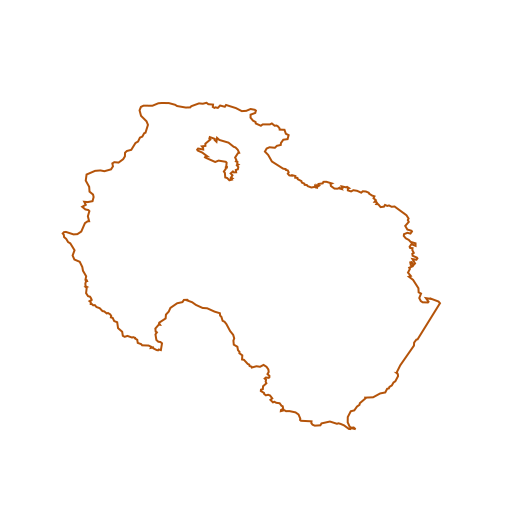 the district of Sukabumi, Jawa Barat, Indonesia, rotated 293°
{"feature_id": "22746128B66929526216355", "entity_name": "Sukabumi", "entity_type": "district", "adm_level": 2, "iso_a3": "IDN", "parent_name": "Indonesia", "parent_adm1": "Jawa Barat", "projection": "equal_earth", "projection_center": [106.689, -7.076], "detail": "fine", "context": "isolated", "style": "outline", "palette": "amber", "viewbox_px": 512, "rotation_deg": 293, "n_neighbors": 0, "source": "geoboundaries", "source_scale": "gbopen_adm2", "svg_char_len": 6116}
<svg xmlns="http://www.w3.org/2000/svg" viewBox="0 0 512 512"><g transform="rotate(293 256 256)"><path d="M181.8,90.2L181.8,96.0L178.0,100.4L174.8,102.5L171.0,107.6L167.5,108.3L167.6,109.6L166.9,110.3L166.4,109.4L163.9,109.7L161.6,110.9L161.5,112.1L160.9,111.3L160.5,112.6L155.4,114.1L153.4,117.1L153.7,119.1L152.6,120.7L151.4,121.9L149.4,120.4L148.9,122.0L147.2,122.6L147.6,123.8L147.0,125.4L147.8,126.8L146.7,129.1L146.9,132.5L145.3,136.2L145.7,137.9L144.8,141.1L145.7,142.0L145.3,144.6L144.3,146.1L142.8,146.4L143.0,148.3L140.7,150.9L140.8,154.1L135.7,157.2L134.0,162.4L130.5,164.6L130.3,166.7L132.2,168.9L132.5,173.8L133.3,174.6L133.4,176.7L132.8,176.9L132.5,179.4L129.8,181.1L130.0,184.7L129.3,186.1L131.6,192.1L131.5,195.1L130.3,195.1L131.6,197.0L130.9,197.5L130.6,201.3L130.9,202.7L131.9,203.0L132.2,205.2L138.9,203.6L139.5,201.6L138.9,199.6L139.8,197.1L144.5,194.1L147.0,194.6L147.2,193.2L149.9,191.7L154.8,193.3L155.2,194.5L156.2,193.0L156.9,193.0L163.2,197.2L166.9,196.0L170.7,197.4L174.8,197.5L181.7,201.9L184.8,206.3L187.4,206.8L188.9,210.0L188.3,211.1L188.5,210.1L188.2,209.9L188.5,215.3L187.5,219.8L187.3,227.1L188.8,231.5L188.6,239.6L189.2,245.1L187.1,246.3L186.5,247.9L183.3,250.6L183.2,252.7L181.8,255.3L176.8,261.5L174.5,265.8L171.7,268.1L169.2,268.3L165.7,270.2L165.2,274.3L162.3,276.2L161.3,278.3L160.0,278.7L159.2,282.2L155.3,283.6L155.7,285.5L153.4,290.6L153.4,292.2L152.2,293.1L152.4,295.1L151.7,295.7L154.7,299.5L155.6,303.0L158.7,305.5L158.1,309.0L156.4,311.7L154.2,313.0L151.8,312.7L150.9,315.2L149.5,315.7L148.8,315.3L148.0,312.6L146.6,311.9L146.0,313.6L144.1,314.0L142.9,315.3L138.9,313.4L136.1,314.3L134.9,312.8L133.6,313.2L133.1,316.8L132.2,317.4L131.6,319.5L133.0,321.4L133.1,323.4L131.3,326.6L129.2,325.5L127.9,328.8L129.0,329.8L128.8,332.0L129.7,335.3L128.1,338.0L128.1,339.3L126.0,340.7L124.0,339.2L122.9,339.5L125.1,342.3L124.9,344.3L126.3,347.4L127.5,353.5L126.7,357.1L123.6,360.3L122.3,360.6L121.9,361.8L125.5,371.7L123.7,372.3L122.8,374.0L122.8,376.4L125.3,381.4L127.5,381.7L132.5,388.7L133.2,396.1L134.2,397.2L134.5,399.5L134.5,403.2L133.1,409.1L133.6,410.5L134.7,410.4L135.5,415.3L136.3,412.9L135.2,411.0L135.4,409.0L138.7,405.4L143.6,403.4L150.1,403.9L152.3,406.8L156.9,407.8L159.4,409.4L161.1,409.1L167.7,412.4L168.3,411.9L171.7,419.0L178.0,424.0L180.9,428.3L185.0,428.6L186.0,430.0L187.7,430.0L189.9,431.6L193.3,432.0L195.1,433.2L200.9,433.7L202.7,432.7L203.1,431.5L203.3,432.3L203.6,431.0L211.8,431.5L235.2,436.4L238.1,435.4L241.7,436.3L242.4,437.3L284.4,443.8L285.4,441.8L285.0,432.2L284.7,433.3L283.6,428.9L281.3,432.7L280.4,432.4L278.5,427.5L278.9,425.3L281.1,422.7L285.9,422.6L286.1,419.9L289.8,418.1L295.4,409.9L296.7,404.8L298.1,406.3L300.1,402.4L304.2,402.7L305.1,401.6L307.4,403.9L308.3,401.9L310.4,400.5L311.2,401.6L309.2,404.5L311.3,405.3L314.3,401.2L315.2,405.1L316.9,405.5L317.4,404.7L317.4,400.1L319.1,399.0L320.5,400.0L322.5,397.6L324.4,397.0L323.6,394.8L324.5,393.8L327.6,394.4L327.7,398.9L330.0,397.9L329.4,392.8L330.5,390.4L330.8,387.0L332.2,384.2L333.9,383.7L336.5,386.3L337.0,389.4L339.5,390.0L340.0,389.3L339.5,385.0L342.0,381.6L347.1,383.3L348.4,381.7L350.1,381.8L352.3,378.6L355.7,364.2L354.3,361.6L354.5,358.7L353.4,357.3L353.4,354.8L351.4,354.5L349.7,351.6L351.4,348.3L350.8,346.5L352.1,346.7L352.8,345.6L352.2,344.0L354.2,344.5L355.1,341.6L357.2,341.7L357.0,339.2L357.6,335.7L358.3,335.1L358.3,331.9L357.3,329.0L355.4,328.1L355.5,323.6L354.6,319.9L352.6,318.3L352.3,314.9L354.0,314.2L354.8,315.1L355.2,312.8L354.4,312.1L353.6,307.8L352.6,309.0L351.7,308.0L351.1,308.8L350.8,306.6L351.5,306.2L349.9,304.9L348.7,301.9L349.7,297.6L351.4,296.5L352.4,297.4L351.8,291.7L350.6,289.1L348.9,289.0L346.7,285.3L345.3,285.3L345.3,286.5L344.0,285.6L344.4,284.5L342.7,285.4L342.5,284.5L343.4,284.4L343.9,282.9L342.6,283.1L340.7,280.2L340.5,276.3L341.2,275.0L340.5,273.0L341.5,272.2L341.5,269.5L342.7,268.5L343.0,264.4L344.1,263.6L343.4,261.5L345.0,261.0L344.5,257.7L344.0,257.8L343.2,255.2L344.2,253.1L345.8,253.4L347.2,251.8L346.9,249.8L347.6,249.3L347.0,246.9L349.2,233.7L353.8,227.7L355.6,223.4L359.1,223.8L361.4,226.0L363.0,231.1L365.6,232.2L367.9,235.4L369.7,234.8L373.7,235.7L375.9,239.4L380.0,238.8L380.2,235.7L383.3,232.9L381.6,228.4L382.7,227.8L383.9,225.5L384.1,223.9L383.2,222.3L384.2,218.8L382.6,217.4L379.7,210.7L377.8,209.6L377.9,204.0L379.2,203.2L379.4,200.4L381.2,196.9L384.0,195.8L387.4,199.4L389.8,199.1L390.1,197.7L389.2,193.6L385.8,190.3L383.8,186.3L384.3,179.7L383.3,169.4L381.2,169.0L380.5,164.2L377.4,163.0L377.0,160.6L376.1,159.9L376.3,158.0L378.6,157.3L377.1,152.8L377.7,150.6L375.4,147.6L374.2,143.9L368.6,137.9L367.1,137.4L365.2,133.3L363.2,124.7L363.6,122.5L362.7,116.0L360.0,109.4L358.4,106.4L353.8,101.9L350.5,93.8L348.3,91.8L344.6,91.9L340.1,95.4L337.2,102.6L334.5,105.3L326.3,106.1L325.3,105.1L321.5,104.7L319.6,102.9L315.3,102.7L312.9,100.9L305.0,99.7L302.2,96.1L299.9,95.1L296.5,96.4L293.2,95.9L288.3,93.0L287.0,88.9L285.1,87.6L282.6,89.3L279.1,88.7L274.8,83.3L274.0,79.4L271.5,74.6L264.8,68.2L258.9,69.8L254.5,75.4L250.2,77.6L248.9,82.0L246.8,83.5L242.6,84.1L239.8,79.9L238.8,76.7L236.6,79.3L233.4,76.8L232.2,80.7L232.8,83.7L232.2,85.1L226.9,85.7L222.8,88.8L222.1,87.4L219.4,85.7L210.2,85.6L206.3,83.0L204.6,79.6L203.9,71.6L202.9,69.9L201.2,69.3L200.5,70.7L198.4,72.0L197.6,74.6L195.4,77.6L195.1,80.1L190.4,86.7L184.8,87.0L181.8,90.2ZM332.3,160.7L333.4,165.8L335.0,165.0L335.8,163.4L337.6,166.4L339.6,165.5L345.3,168.4L345.8,167.2L347.4,167.0L347.7,172.2L346.6,172.6L345.7,175.0L349.5,174.0L348.5,176.9L349.6,186.4L347.8,192.8L347.9,194.7L346.7,197.6L344.4,200.2L343.6,199.2L338.5,198.3L336.5,200.6L335.3,200.5L335.4,202.1L333.2,202.8L333.2,203.9L332.0,203.0L330.9,205.0L328.7,205.4L327.3,203.8L325.3,205.0L324.3,202.8L324.8,201.7L322.1,200.4L321.1,202.8L318.7,202.4L318.3,203.8L317.5,202.7L316.8,203.9L315.3,201.9L316.5,199.0L316.3,197.0L320.3,194.9L321.2,193.4L324.3,194.1L325.7,193.6L326.0,194.6L326.7,194.5L327.2,193.5L330.4,192.5L330.9,191.4L329.2,184.3L326.6,181.7L326.8,171.6L326.9,170.5L328.3,170.7L328.8,172.0L330.2,166.1L330.3,161.1L330.9,160.3L332.3,160.7Z" fill="none" stroke="#b45309" stroke-width="2"/></g></svg>